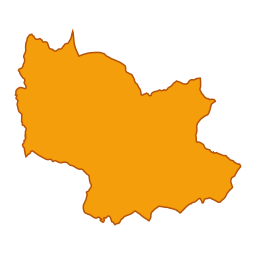 the district of Lolotoe, Bobonaro, East Timor
{"feature_id": "22284137B16004980931012", "entity_name": "Lolotoe", "entity_type": "district", "adm_level": 2, "iso_a3": "TLS", "parent_name": "East Timor", "parent_adm1": "Bobonaro", "projection": "natural_earth1", "projection_center": [125.249, -9.146], "detail": "fine", "context": "isolated", "style": "filled", "palette": "amber", "viewbox_px": 256, "rotation_deg": 0, "n_neighbors": 0, "source": "geoboundaries", "source_scale": "gbopen_adm2", "svg_char_len": 5706}
<svg xmlns="http://www.w3.org/2000/svg" viewBox="0 0 256 256"><path d="M72.7,31.3L72.1,33.5L71.2,37.5L70.7,38.9L68.1,43.2L65.9,43.7L64.9,44.2L61.5,48.7L61.0,49.0L58.7,49.0L56.9,50.5L55.6,51.1L54.6,51.0L53.3,50.4L52.9,49.7L52.1,49.2L50.7,49.1L49.6,48.4L49.0,47.5L47.4,42.8L47.1,42.5L45.9,41.9L45.2,41.8L43.7,42.2L42.7,41.5L41.9,40.1L40.1,38.7L39.4,38.6L38.2,39.4L35.8,39.1L35.3,38.8L34.6,37.9L33.8,36.2L32.5,35.7L31.8,34.2L30.9,34.6L30.0,34.7L29.3,35.2L27.2,38.1L27.1,40.0L26.0,42.9L25.8,44.3L25.6,46.8L25.7,50.2L25.5,51.9L24.3,54.4L23.8,55.9L23.7,56.6L23.8,57.4L24.4,58.6L24.6,59.4L24.6,60.4L24.5,61.9L23.3,64.4L22.8,66.6L22.1,67.7L21.6,68.1L19.1,69.2L18.6,70.0L18.5,70.6L19.5,71.8L20.2,74.0L21.7,76.1L22.1,76.8L23.1,78.1L24.3,78.8L24.6,79.3L24.8,80.8L24.8,81.2L24.2,82.1L24.2,82.8L24.5,83.6L25.8,85.8L26.1,86.6L26.0,87.9L25.8,88.3L24.9,88.6L21.6,87.6L20.4,87.5L19.0,87.9L18.1,88.4L17.2,89.2L16.1,90.7L15.9,91.6L15.9,93.8L15.4,95.0L16.2,95.4L16.7,95.2L16.9,95.3L16.9,95.8L16.1,97.6L16.1,98.4L16.2,98.8L17.0,99.3L17.9,100.5L17.1,104.5L18.5,110.4L19.1,111.7L21.1,113.6L21.5,113.8L21.7,114.3L21.8,115.4L21.6,121.8L21.9,122.2L22.2,122.3L22.4,122.9L22.4,123.5L22.3,124.7L22.6,125.2L24.0,125.6L24.3,125.9L24.8,126.8L25.7,127.7L26.1,128.8L26.0,130.2L25.4,131.6L25.4,133.2L25.3,134.4L25.8,134.8L25.7,135.2L25.2,135.3L25.1,135.9L25.2,136.5L25.4,137.1L25.8,137.2L25.4,137.8L25.6,138.5L25.3,138.7L25.1,139.9L24.7,140.5L24.4,140.4L24.1,140.5L24.0,141.2L24.1,142.1L23.9,142.8L22.9,144.0L22.5,144.9L23.0,146.5L24.3,148.1L24.3,148.8L25.2,153.9L26.0,156.7L27.9,154.7L29.8,153.5L30.4,152.8L30.8,151.6L31.4,151.0L32.4,150.9L33.6,151.6L35.5,153.1L39.3,155.6L45.7,159.1L47.3,159.6L48.3,159.6L50.0,159.3L50.8,159.4L51.4,159.6L52.5,161.3L53.1,161.5L54.5,160.8L55.3,160.7L56.0,160.9L58.1,162.0L60.5,162.8L61.4,162.8L62.8,162.3L65.3,162.1L66.3,162.4L67.2,162.6L68.0,163.3L68.7,164.1L70.2,165.2L72.6,165.7L78.0,168.8L79.7,169.2L81.3,169.1L82.2,169.3L83.1,170.0L83.7,170.9L84.2,171.5L85.0,172.0L86.2,173.5L88.7,175.4L89.0,176.0L89.6,180.4L90.1,182.6L91.3,184.9L91.2,186.6L90.9,187.5L89.5,189.2L88.7,190.8L87.9,191.4L86.8,191.7L86.4,192.4L87.1,194.3L86.7,196.7L85.9,199.8L83.4,205.1L83.3,207.2L83.4,209.1L84.1,211.5L84.4,212.1L85.3,212.9L87.8,214.1L90.6,215.1L92.6,216.6L94.8,217.9L96.1,218.1L97.0,217.9L98.0,217.3L98.7,217.1L99.2,217.3L99.6,217.5L100.2,218.6L101.2,218.8L101.6,219.3L100.3,220.3L100.7,220.9L101.4,221.1L101.8,221.3L102.5,222.2L103.1,222.2L103.7,221.7L104.4,220.2L103.8,218.5L103.8,218.0L104.3,217.6L105.6,218.1L106.2,217.9L107.1,216.7L107.8,216.2L108.7,216.0L109.6,216.5L110.3,217.4L110.6,218.1L111.7,221.6L113.2,222.3L115.0,224.7L116.0,224.1L116.5,223.6L118.1,223.5L119.4,222.8L120.6,220.5L121.2,219.5L122.8,218.3L123.8,217.1L124.6,216.4L130.7,214.0L132.1,213.2L135.1,210.9L140.3,214.5L141.8,215.9L144.4,217.8L145.6,218.6L146.9,219.2L148.3,220.5L149.0,220.8L150.0,219.2L150.7,217.6L150.9,216.5L150.9,214.8L151.1,213.9L151.2,213.3L151.6,212.4L153.8,210.1L155.4,208.6L157.5,207.4L158.2,206.5L158.9,206.3L161.1,206.5L165.4,207.3L167.2,207.3L170.5,208.3L171.8,208.5L175.0,209.5L176.1,209.9L176.8,210.4L177.4,211.0L178.3,211.2L179.9,212.9L180.6,212.7L181.2,212.1L182.4,210.6L183.3,209.9L186.6,206.4L189.6,204.1L190.2,203.8L191.0,203.8L191.6,203.2L192.5,202.6L194.3,202.1L195.6,201.5L198.7,198.8L199.9,198.3L201.5,200.7L202.2,202.9L203.1,202.8L203.6,202.0L204.3,199.8L205.0,199.0L205.8,198.6L207.4,198.6L208.5,198.2L209.0,197.8L210.4,198.0L211.4,198.7L214.9,200.3L217.9,202.1L219.7,202.3L220.3,201.9L222.3,199.9L224.2,198.4L224.9,197.5L226.1,195.5L227.0,193.4L229.6,190.3L232.4,187.6L232.5,187.0L230.9,182.3L230.8,181.0L230.9,180.1L231.4,178.5L231.7,177.8L234.0,176.4L234.6,175.9L235.6,173.9L236.1,173.3L236.5,172.3L237.7,170.4L240.6,166.6L240.6,166.0L239.8,164.5L239.3,164.1L237.7,164.0L236.8,163.6L234.5,162.3L233.1,160.7L230.7,160.1L229.7,159.6L229.1,159.0L228.7,158.3L227.1,157.3L226.7,156.4L225.8,155.6L223.7,155.6L222.1,155.1L221.3,154.6L217.7,153.4L217.3,153.0L216.6,152.6L215.7,152.9L215.0,152.9L214.0,153.2L213.7,152.9L213.4,152.0L212.8,152.4L211.8,152.3L211.0,151.6L209.6,149.8L206.5,149.0L205.7,148.5L205.0,147.9L203.5,144.8L201.8,143.4L199.8,142.4L198.1,141.9L197.0,142.1L196.5,141.9L196.3,140.8L196.3,138.0L195.7,135.2L196.5,133.0L196.9,130.5L196.7,126.7L196.8,125.7L197.2,124.1L198.0,122.6L200.5,119.4L202.4,117.8L204.5,116.3L205.5,115.6L206.5,115.4L208.0,114.3L208.8,112.9L209.9,110.0L211.2,104.9L211.5,104.2L212.4,103.3L213.4,102.6L214.5,101.8L215.3,101.5L214.9,100.4L214.2,99.6L211.4,99.2L209.9,99.7L208.2,98.6L206.7,98.4L206.2,98.2L205.3,97.6L204.3,96.6L203.7,95.7L201.6,93.2L200.1,90.1L199.9,89.0L200.6,86.4L200.6,81.5L200.4,78.7L200.2,78.1L196.7,78.6L195.7,78.9L194.2,79.9L191.4,79.7L190.5,80.1L189.8,80.5L189.2,81.1L187.8,83.1L187.1,83.6L186.2,84.0L184.7,84.1L183.9,83.9L182.6,83.6L180.7,82.5L176.4,81.0L176.0,81.6L173.5,83.3L171.8,85.5L170.5,86.6L168.9,87.4L168.0,88.1L167.1,89.4L166.1,90.2L165.1,90.3L164.3,89.7L162.7,90.5L161.7,90.6L160.5,90.5L159.5,90.0L159.0,90.2L157.5,91.1L156.1,91.3L153.8,91.9L152.2,92.9L151.6,93.6L151.3,94.2L151.2,95.3L150.8,95.6L150.3,95.7L149.3,95.5L148.8,95.1L148.2,94.0L146.6,93.1L145.0,94.0L144.0,94.2L143.5,94.6L142.8,94.9L141.5,95.0L141.1,94.7L140.8,91.6L140.5,91.0L140.2,89.8L139.8,88.8L138.9,87.8L137.5,84.8L137.0,84.0L135.4,82.8L134.4,80.5L134.3,79.5L134.0,78.7L131.8,74.7L131.3,74.3L129.9,73.9L129.0,73.3L127.0,72.4L126.3,71.8L125.6,70.3L125.6,67.6L125.3,66.1L124.6,65.4L121.1,63.0L119.7,62.2L115.4,60.3L111.0,58.5L109.8,57.7L106.7,56.1L106.0,55.6L104.5,54.0L103.8,53.6L102.8,53.4L101.7,52.9L99.9,52.5L96.6,52.4L91.0,52.7L88.2,53.1L83.7,54.3L78.9,56.1L75.7,48.8L74.6,45.3L74.1,42.8L73.1,32.6L72.7,31.3Z" fill="#f59e0b" stroke="#b45309" stroke-width="1.5"/></svg>